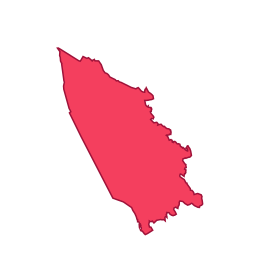 the border of Qaraghandy, rotated 63°
{"feature_id": "KAZ-3203", "entity_name": "Qaraghandy", "entity_type": "Region", "adm_level": 1, "iso_a3": "KAZ", "parent_name": "Kazakhstan", "parent_adm1": "", "projection": "robinson", "projection_center": [73.067, 48.605], "detail": "fine", "context": "isolated", "style": "filled", "palette": "rose", "viewbox_px": 256, "rotation_deg": 63, "n_neighbors": 0, "source": "natural_earth", "source_scale": "10m", "svg_char_len": 4040}
<svg xmlns="http://www.w3.org/2000/svg" viewBox="0 0 256 256"><g transform="rotate(63 128 128)"><path d="M65.6,123.9L68.5,123.4L69.8,122.1L71.6,121.3L74.3,121.0L79.2,117.4L80.7,117.0L81.4,115.3L83.0,114.8L84.3,113.4L93.3,106.7L96.6,103.3L96.7,102.4L96.5,102.0L96.6,101.7L96.6,101.2L96.6,100.6L97.4,100.3L101.4,99.3L102.8,98.2L103.7,96.9L102.3,96.1L101.8,95.5L101.3,95.3L101.1,94.1L100.5,93.5L105.3,93.4L107.7,92.1L109.2,91.5L110.6,91.1L113.5,92.0L113.4,93.9L113.1,94.9L112.8,95.7L112.5,97.1L111.8,99.1L111.0,100.6L115.5,101.8L117.0,101.5L117.8,101.1L117.6,100.1L118.0,100.4L118.7,100.4L119.5,99.3L120.2,98.2L121.2,98.1L121.4,98.7L122.3,98.5L123.2,99.5L123.7,99.7L123.5,100.6L124.6,100.9L125.9,100.8L129.3,100.0L130.2,100.1L130.5,100.7L131.3,101.3L130.2,102.7L130.7,104.0L135.1,102.6L136.0,99.8L137.8,99.3L138.5,99.7L138.9,100.1L139.1,98.5L139.7,96.8L140.3,96.6L141.0,96.5L142.4,95.9L143.0,95.5L142.9,95.0L143.3,94.7L144.8,94.4L145.3,94.0L146.1,93.7L147.4,91.9L148.8,91.4L149.0,91.0L149.5,91.0L149.9,91.4L150.6,91.3L151.0,91.7L151.6,91.7L153.1,92.8L152.4,93.8L152.8,94.0L152.6,95.2L152.3,96.0L151.9,96.4L151.9,97.1L152.5,96.8L154.0,96.5L157.6,96.8L157.8,95.0L158.4,94.8L159.0,94.3L160.6,94.9L161.3,94.3L160.8,94.0L160.8,93.4L161.2,93.0L161.1,92.8L161.2,92.4L162.1,92.0L162.7,91.7L163.2,91.7L164.3,91.4L164.9,90.7L164.9,90.2L166.0,89.2L168.3,89.6L168.7,89.1L169.4,88.9L170.6,88.4L170.3,87.8L171.1,87.5L173.5,86.8L174.8,86.0L175.5,85.3L174.9,84.9L173.6,84.6L172.9,85.2L172.2,85.5L172.2,85.1L171.9,84.5L171.1,83.6L170.9,83.2L171.2,82.6L171.9,82.7L174.4,82.3L176.9,82.6L181.2,83.9L181.6,84.7L181.9,85.5L182.0,86.3L181.6,87.2L181.2,90.3L180.6,90.6L180.7,91.8L180.4,92.9L181.9,94.1L185.1,93.7L186.1,93.5L186.8,93.0L187.2,93.4L188.1,93.6L189.7,94.1L189.5,95.5L190.4,96.3L191.7,95.4L193.1,96.5L193.6,96.5L194.3,97.2L194.7,98.0L194.4,98.3L195.3,99.2L196.5,100.0L195.0,100.8L193.6,101.4L193.4,101.8L192.8,102.3L193.7,103.4L194.9,103.8L198.0,102.2L199.4,101.3L203.2,101.3L203.9,100.5L205.0,100.8L210.2,100.0L211.8,100.6L212.7,99.3L213.3,99.2L214.1,98.9L215.6,98.8L217.3,99.3L217.6,97.3L218.0,95.6L220.8,93.1L222.7,93.2L223.9,94.2L226.6,94.9L229.6,96.0L230.2,97.3L230.1,98.9L230.3,99.9L231.2,100.4L230.4,101.7L227.4,104.0L225.8,104.7L224.7,104.9L224.0,105.5L223.9,105.9L224.0,106.5L224.1,107.2L224.1,108.1L223.8,109.9L221.1,111.6L218.4,112.5L216.6,114.9L217.4,116.1L219.0,116.8L220.3,118.0L220.4,118.7L222.3,120.1L221.4,120.8L220.2,121.3L220.2,123.4L221.4,124.3L224.4,124.0L226.7,124.1L226.9,125.9L226.6,126.8L226.6,127.6L225.4,128.8L223.6,129.8L222.2,129.8L221.7,130.4L221.5,131.2L220.9,131.6L221.3,132.2L222.4,132.7L222.7,133.4L224.1,133.4L225.3,133.9L224.0,134.3L224.3,135.6L226.0,136.4L227.6,137.0L225.8,137.8L225.3,139.3L224.3,140.6L223.2,144.6L223.5,145.0L223.8,145.9L224.4,148.0L222.0,148.6L222.1,149.3L221.8,150.2L221.2,150.9L220.6,151.2L221.4,151.6L223.1,153.2L226.0,153.8L226.7,152.6L230.3,152.4L230.9,158.5L230.8,161.0L229.6,161.4L229.3,161.6L228.9,161.5L227.9,161.8L226.8,161.9L226.4,162.1L226.2,162.2L226.0,162.5L225.9,162.7L225.7,163.0L224.8,163.2L224.6,163.2L224.4,163.0L224.4,162.9L224.4,162.7L223.9,162.1L223.4,161.6L222.8,161.4L222.1,161.5L221.7,161.6L221.4,161.6L220.6,160.8L220.3,160.7L220.1,160.8L220.2,161.3L220.7,161.9L221.3,162.5L221.7,162.9L221.3,162.8L220.5,162.4L219.2,161.9L218.8,161.7L218.6,161.4L218.8,161.1L218.7,160.8L218.4,161.0L218.1,161.1L217.8,161.1L217.1,161.0L216.9,161.0L216.3,161.2L216.1,161.3L216.0,161.5L216.0,161.8L215.9,162.0L215.5,161.8L214.3,161.2L214.3,161.5L214.1,161.5L214.0,161.3L213.2,161.4L210.9,160.9L207.3,160.7L203.7,161.1L200.5,160.9L191.7,165.7L183.7,173.3L114.2,173.7L87.9,173.3L87.6,171.6L86.2,171.5L83.9,171.6L64.3,167.6L61.4,166.4L58.2,163.8L57.0,163.7L40.7,158.0L40.3,157.6L39.6,157.8L37.7,157.7L34.4,156.3L32.4,156.0L29.0,154.0L24.8,154.6L25.1,153.8L27.6,152.2L45.5,141.5L46.8,140.3L46.3,139.3L43.9,135.6L47.3,133.0L47.4,131.3L50.4,130.0L52.0,129.5L51.5,128.3L51.7,127.4L51.6,126.9L53.2,126.9L54.9,123.7L59.4,123.1L65.6,123.9Z" fill="#f43f5e" stroke="#9f1239" stroke-width="1.5"/></g></svg>